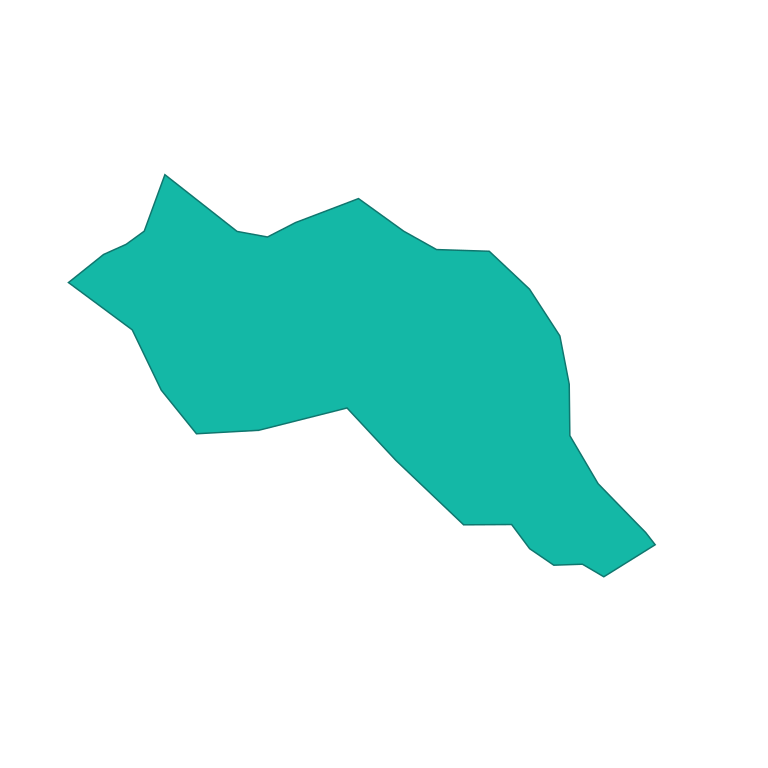 map outline of Iganga (Mercator projection), rotated 317°
{"feature_id": "UGA-3068", "entity_name": "Iganga", "entity_type": "District", "adm_level": 1, "iso_a3": "UGA", "parent_name": "Uganda", "parent_adm1": "", "projection": "mercator", "projection_center": [33.553, 0.662], "detail": "fine", "context": "isolated", "style": "filled", "palette": "teal", "viewbox_px": 768, "rotation_deg": 317, "n_neighbors": 0, "source": "natural_earth", "source_scale": "10m", "svg_char_len": 564}
<svg xmlns="http://www.w3.org/2000/svg" viewBox="0 0 768 768"><g transform="rotate(317 384 384)"><path d="M413.3,674.9L406.2,651.1L384.6,632.3L378.2,603.8L381.5,573.8L346.2,541.3L340.6,448.1L340.6,376.3L260.8,332.4L212.9,292.5L216.9,236.6L236.8,172.7L222.4,94.6L267.2,98.0L290.7,106.0L312.9,108.7L366.5,81.5L380.6,172.2L399.0,197.0L429.4,205.6L491.8,231.0L502.6,285.6L514.1,321.5L551.5,358.7L555.1,413.9L545.4,468.8L519.3,510.5L484.7,548.5L472.6,602.9L473.7,655.9L474.1,671.0L472.7,686.5L413.3,674.9Z" fill="#14b8a6" stroke="#0f766e" stroke-width="1.5"/></g></svg>